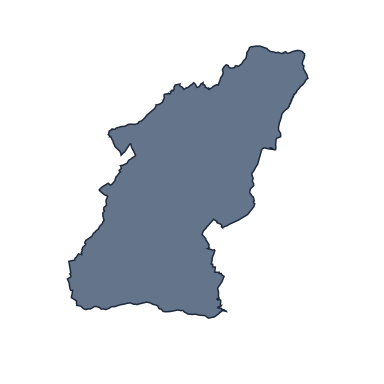 Gilau, Cluj, Romania (Natural Earth projection), rotated 166°
{"feature_id": "2599482B93154387611323", "entity_name": "Gilau", "entity_type": "district", "adm_level": 2, "iso_a3": "ROU", "parent_name": "Romania", "parent_adm1": "Cluj", "projection": "natural_earth1", "projection_center": [23.329, 46.73], "detail": "fine", "context": "isolated", "style": "filled", "palette": "slate", "viewbox_px": 384, "rotation_deg": 166, "n_neighbors": 0, "source": "geoboundaries", "source_scale": "gbopen_adm2", "svg_char_len": 5982}
<svg xmlns="http://www.w3.org/2000/svg" viewBox="0 0 384 384"><g transform="rotate(166 192 192)"><path d="M195.1,293.5L195.7,292.9L196.1,290.2L199.1,286.1L202.6,285.0L205.8,285.3L206.2,284.1L207.8,282.1L217.0,277.6L219.7,275.5L222.0,274.0L224.1,273.2L226.7,272.8L227.1,272.4L227.2,271.8L228.9,271.4L230.8,271.4L236.5,273.0L238.2,272.9L240.8,272.0L245.1,272.6L250.0,272.4L251.6,271.4L254.3,272.5L254.5,271.9L255.1,272.0L257.4,271.1L257.3,270.9L258.1,270.3L258.9,268.4L259.4,267.9L258.1,266.5L258.1,265.8L258.6,265.5L257.3,264.9L257.0,262.6L256.3,260.2L256.5,258.9L255.8,256.5L255.9,255.1L252.9,250.1L252.1,249.1L252.2,248.7L251.7,247.1L251.9,244.9L248.8,246.8L247.8,247.0L240.9,253.4L239.9,253.5L239.7,249.3L238.6,245.1L237.9,241.2L239.2,240.3L241.7,239.7L242.9,238.9L245.3,238.3L247.1,236.8L247.8,235.7L252.9,234.7L255.1,234.9L254.8,232.8L255.0,231.9L256.3,231.1L257.4,230.8L257.5,230.6L257.4,229.7L256.6,228.9L259.0,227.3L260.8,225.6L261.8,225.4L263.1,223.5L264.0,221.7L267.7,218.9L269.5,218.4L271.2,220.8L278.1,218.6L281.5,216.7L281.4,215.8L278.3,211.3L277.2,210.1L275.7,209.1L275.0,208.3L275.8,206.7L277.1,205.4L277.6,204.3L277.9,201.8L277.7,201.4L278.1,200.8L278.1,199.9L281.3,198.2L282.1,195.9L281.6,195.4L281.4,194.7L283.8,193.1L283.8,192.2L284.3,190.4L284.2,188.6L284.3,185.6L285.8,184.5L286.8,182.9L289.6,181.3L292.0,178.6L294.6,177.5L296.1,176.4L297.7,175.7L299.5,173.6L300.2,173.1L306.7,170.7L308.0,169.4L308.4,168.4L307.7,167.5L307.9,166.9L308.6,166.2L311.3,164.8L311.9,164.0L312.3,163.2L312.2,162.7L312.7,162.7L312.6,162.1L313.0,161.2L314.0,160.3L314.0,157.9L317.1,159.4L320.2,156.6L321.5,156.1L322.2,154.3L328.3,154.5L329.2,142.6L330.5,142.0L329.7,140.3L329.9,139.2L331.1,138.6L333.9,137.8L333.1,132.6L333.5,131.9L333.7,126.7L333.5,125.9L331.6,125.5L332.9,122.2L334.2,119.9L334.6,118.7L330.4,114.3L331.1,111.4L330.9,110.4L331.2,109.8L329.1,109.0L328.1,108.4L326.8,107.3L325.7,105.2L323.9,103.8L322.4,103.5L321.3,103.7L318.9,103.1L315.6,104.0L315.2,104.3L313.9,104.5L313.6,104.2L312.7,104.1L309.9,102.5L309.2,101.7L308.5,100.3L306.5,100.1L304.1,98.8L300.4,99.3L297.9,100.2L294.9,99.5L289.1,99.9L284.0,99.6L281.4,99.7L278.4,99.2L275.8,97.2L273.9,96.8L272.4,96.0L270.6,96.2L262.6,96.1L259.3,94.5L257.0,92.4L254.7,91.3L252.8,89.8L252.1,86.6L250.0,85.7L249.3,83.7L248.3,82.8L246.3,82.1L242.2,81.3L234.1,80.9L231.7,79.6L229.6,79.3L229.3,79.1L228.3,77.2L226.7,75.9L225.6,74.6L221.6,73.2L218.2,72.6L215.0,70.9L209.6,69.0L208.8,68.4L207.7,66.9L206.4,65.6L200.3,65.4L195.1,67.6L194.6,68.1L194.4,68.7L193.6,68.4L192.2,69.1L190.8,69.5L187.7,67.9L187.9,68.4L189.5,70.0L191.6,70.7L191.4,70.9L191.3,71.3L191.7,71.7L191.8,72.1L194.8,73.1L195.0,73.9L194.6,74.1L191.8,74.1L191.1,74.7L191.6,74.7L191.6,76.2L190.7,78.4L190.4,80.0L191.5,81.3L193.0,80.8L193.8,82.1L193.4,82.4L191.4,82.7L191.6,84.2L190.4,88.8L190.6,91.8L189.8,93.1L184.7,97.6L181.3,102.4L183.4,104.7L183.3,105.8L185.4,106.4L185.0,107.5L189.4,108.7L187.5,113.5L190.0,114.4L189.4,116.8L190.8,117.5L189.1,120.6L188.4,122.8L187.6,124.3L185.7,126.8L184.0,129.7L184.2,130.5L186.0,130.5L187.2,131.5L190.3,133.2L189.1,133.3L189.1,133.8L188.8,133.9L189.2,134.6L188.6,135.5L188.6,136.4L188.2,137.1L188.9,138.5L189.5,140.9L190.0,141.5L190.0,143.5L192.5,148.4L192.1,149.1L190.5,151.3L188.3,152.9L187.6,153.1L186.1,154.5L178.1,159.9L177.7,160.3L175.7,158.1L174.9,157.7L175.2,156.2L171.8,153.7L171.2,152.5L171.9,151.0L171.7,150.7L171.2,150.6L170.9,150.0L170.8,150.3L169.8,150.3L167.2,150.8L166.5,150.7L163.8,151.6L153.7,153.5L143.6,156.6L135.5,162.8L134.0,165.3L134.8,166.6L134.8,167.6L133.8,168.3L133.7,169.9L133.9,172.4L134.9,173.8L135.1,174.3L135.2,175.4L136.1,176.7L135.9,178.3L134.5,180.9L130.6,183.2L130.2,185.1L130.8,187.2L130.6,188.5L129.5,190.1L129.4,190.8L129.8,195.1L126.3,198.2L124.6,200.2L121.7,202.9L114.6,215.3L114.0,216.2L112.9,217.1L111.2,217.4L107.2,215.3L103.8,214.0L105.2,215.7L104.2,215.5L101.9,213.0L101.1,212.7L100.5,213.1L99.9,214.7L99.3,218.0L97.8,222.4L96.7,223.7L92.6,224.2L91.9,227.2L93.0,231.1L92.5,233.7L90.5,237.9L88.7,240.5L87.9,242.1L87.3,242.7L85.9,246.0L83.0,248.2L82.1,248.5L81.4,249.1L79.3,249.8L78.0,250.6L77.5,251.6L77.0,251.6L77.0,251.9L76.7,252.1L76.1,253.2L75.1,254.0L75.3,254.3L74.8,254.4L74.7,254.9L73.7,256.1L73.6,256.9L73.3,256.8L73.3,257.2L73.0,257.2L73.0,257.5L72.6,257.7L72.5,258.2L71.7,258.7L71.4,259.5L70.7,259.7L70.8,260.2L70.5,260.2L70.2,260.9L69.8,261.1L69.5,262.1L69.1,261.9L67.3,262.9L67.1,263.3L66.6,263.5L66.2,264.1L65.3,265.3L63.6,266.2L62.1,267.3L61.6,268.0L61.0,268.1L59.5,269.0L58.9,269.0L56.1,271.2L54.3,273.2L52.8,274.1L52.1,274.1L52.1,277.0L52.4,279.0L53.1,280.9L53.4,282.9L54.1,284.0L53.9,285.2L53.0,287.2L54.0,288.7L54.0,289.6L52.7,292.5L51.5,293.8L50.1,296.3L49.6,297.4L49.4,298.9L49.8,299.1L50.9,301.5L53.2,303.1L55.6,303.9L59.5,304.0L64.7,303.3L66.1,303.7L67.0,305.2L67.5,305.5L68.3,305.3L68.9,304.8L69.6,305.2L69.7,304.6L71.6,304.7L74.8,306.8L76.8,306.7L78.4,307.9L82.0,309.5L84.0,311.9L84.7,313.2L90.9,317.2L94.1,318.0L100.0,318.6L101.4,318.0L102.7,316.1L105.1,314.0L106.0,311.2L107.0,309.2L108.4,307.9L110.2,306.9L112.7,304.4L116.1,302.9L117.1,302.8L117.5,303.4L118.9,304.0L119.9,303.6L120.0,303.0L120.7,302.3L124.2,302.7L126.0,304.2L126.3,305.9L128.0,307.2L131.0,305.4L132.9,303.3L132.9,301.4L132.7,300.8L133.5,299.2L133.9,298.7L133.9,298.1L136.6,295.8L137.8,293.6L139.3,291.6L140.6,289.4L141.3,289.9L142.4,290.1L144.5,289.7L145.1,289.4L146.0,289.4L146.6,288.8L148.5,287.9L149.8,287.8L150.5,288.6L150.8,287.5L152.2,289.3L153.8,290.3L153.8,290.6L153.4,290.9L153.9,292.8L155.3,293.6L154.8,295.4L156.1,294.8L156.9,294.9L159.7,292.3L161.9,292.3L162.7,295.7L163.3,296.9L164.1,297.6L166.2,296.3L167.7,296.0L170.0,294.5L172.9,294.3L175.1,293.5L175.9,295.8L177.9,297.7L178.1,298.8L177.6,299.7L177.9,299.7L182.4,299.9L184.0,298.2L184.3,297.2L184.4,296.3L184.9,295.5L185.9,294.8L186.1,295.4L186.8,295.2L187.0,295.5L188.8,294.5L188.5,293.7L189.2,292.8L190.2,292.5L191.1,293.6L192.0,292.9L192.9,293.3L195.1,293.5Z" fill="#64748b" stroke="#1e293b" stroke-width="1.5"/></g></svg>